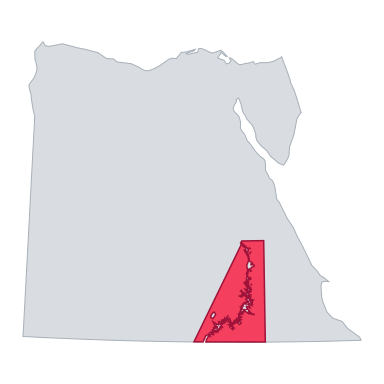 Zemam Out, Al Wadi at Jadid, Egypt (highlighted)
{"feature_id": "37247803B74353300773864", "entity_name": "Zemam Out", "entity_type": "district", "adm_level": 2, "iso_a3": "EGY", "parent_name": "Egypt", "parent_adm1": "Al Wadi at Jadid", "projection": "albers", "projection_center": [32.566, 23.653], "detail": "fine", "context": "in_parent", "style": "filled", "palette": "rose", "viewbox_px": 384, "rotation_deg": 0, "n_neighbors": 0, "source": "geoboundaries", "source_scale": "gbopen_adm2", "svg_char_len": 9079}
<svg xmlns="http://www.w3.org/2000/svg" viewBox="0 0 384 384"><path d="M361.0,340.3L351.6,340.6L342.3,340.8L333.0,341.1L323.7,341.3L314.3,341.5L305.0,341.6L295.7,341.8L286.4,341.9L277.0,342.0L267.7,342.1L258.4,342.1L249.0,342.2L239.7,342.2L230.4,342.2L221.1,342.1L211.7,342.1L206.4,342.1L207.3,339.3L207.9,337.4L207.3,336.1L205.5,335.7L204.3,336.1L201.5,341.8L200.0,342.0L196.7,342.0L185.8,341.9L175.0,341.7L164.1,341.5L153.3,341.3L142.4,341.1L131.6,340.8L120.7,340.5L109.8,340.2L99.0,339.8L88.1,339.4L77.3,339.0L66.4,338.5L55.6,338.1L44.7,337.6L33.9,337.0L23.0,336.5L23.4,329.6L23.8,322.7L24.1,315.8L24.5,309.0L24.9,302.1L25.2,295.2L25.6,288.3L26.0,281.5L26.3,274.6L26.7,267.7L27.1,260.8L27.4,254.0L27.8,247.1L28.2,240.2L28.5,233.3L28.9,226.5L29.3,219.6L29.6,212.7L30.0,205.9L30.3,199.0L30.7,192.1L31.1,185.3L31.4,178.4L31.8,171.5L32.2,164.7L32.5,157.8L32.9,151.0L33.3,144.1L33.6,137.3L34.0,130.4L34.4,123.6L34.7,116.7L34.6,115.4L33.3,110.7L32.3,104.7L31.2,97.4L31.1,95.0L29.1,87.4L29.0,85.3L29.7,83.8L34.1,77.8L35.4,74.8L36.6,71.2L37.1,68.2L36.2,63.6L35.0,59.4L34.8,55.2L34.8,51.1L37.0,48.4L39.6,45.9L40.6,44.4L42.1,42.6L43.2,41.8L45.0,45.6L49.1,46.4L62.7,43.8L77.4,47.8L85.6,49.4L98.1,52.7L105.7,58.0L107.7,58.7L113.3,58.8L116.8,61.9L131.3,63.7L138.9,67.2L143.3,69.9L145.9,70.8L148.2,70.7L151.4,69.8L155.4,68.1L159.8,65.6L168.9,59.2L172.0,58.1L174.1,58.5L176.6,58.4L177.7,56.7L179.0,55.5L179.9,54.1L181.3,52.4L185.9,52.0L195.3,49.3L194.2,50.7L185.7,53.7L189.3,54.2L193.0,53.1L197.3,52.5L198.1,51.1L198.7,48.6L199.5,48.3L202.4,48.8L211.1,52.8L213.3,52.9L219.4,50.7L220.7,50.3L222.7,51.5L227.2,56.4L225.6,56.3L220.8,52.1L220.4,54.2L217.6,57.8L221.0,59.4L223.8,60.1L225.3,62.1L226.3,63.9L229.1,63.2L231.1,60.7L230.0,59.3L229.3,57.8L230.2,57.8L232.2,59.0L237.7,63.7L239.6,64.7L241.7,64.5L246.2,63.2L247.5,63.4L253.5,61.6L254.2,62.9L255.2,64.2L260.1,62.7L267.7,62.7L274.0,61.1L281.2,57.3L281.7,56.7L282.1,57.7L283.0,60.2L285.3,66.6L287.3,71.7L289.7,78.7L290.5,81.4L290.9,83.3L294.4,91.0L296.5,97.3L298.1,102.5L300.3,110.0L301.3,112.6L299.8,114.0L296.9,119.0L293.9,134.7L289.5,147.0L289.1,154.7L288.3,157.4L286.2,161.3L283.6,165.2L278.8,163.3L271.0,156.7L266.4,150.3L261.6,146.3L257.0,140.9L255.8,137.0L255.8,134.4L253.8,128.3L252.3,125.4L246.8,119.0L245.2,115.5L244.0,114.0L242.8,111.8L240.8,103.4L238.6,98.0L236.1,99.5L236.5,101.7L234.4,104.8L233.1,108.5L234.1,111.4L238.6,115.9L239.5,117.9L240.5,122.1L240.4,127.9L241.1,129.9L244.5,134.2L245.7,136.8L246.4,139.0L247.6,141.0L250.9,144.7L255.8,151.8L260.5,156.6L263.8,158.9L265.2,161.3L265.6,167.3L265.4,170.2L268.3,175.5L269.4,178.3L272.3,180.5L273.6,183.0L274.9,187.1L276.8,199.4L279.3,202.4L287.2,218.4L293.8,228.5L297.1,236.1L302.1,245.3L311.9,265.5L317.7,271.7L320.0,275.2L324.2,277.8L328.7,281.6L324.5,281.3L323.4,281.6L321.9,282.3L321.3,284.7L321.0,286.7L321.7,297.0L323.0,302.2L327.0,312.1L329.8,315.0L331.3,316.9L333.2,318.3L342.2,321.5L347.7,328.5L359.7,337.3L360.9,339.7L361.0,340.3Z" fill="#d9dde1" stroke="#a8b0b8" stroke-width="1"/><path d="M247.5,252.4L248.8,256.5L249.3,261.0L252.2,263.0L251.0,263.9L251.0,264.8L253.8,264.9L254.3,265.8L253.0,267.0L251.8,267.1L250.3,268.8L249.0,269.0L247.3,275.3L248.7,278.6L247.9,280.1L248.4,281.4L247.6,281.6L247.6,281.8L248.0,281.6L248.3,281.8L247.6,282.1L248.8,282.6L247.6,282.4L248.1,282.8L247.2,283.2L248.0,283.3L247.6,284.0L248.4,283.9L248.8,284.0L247.9,284.1L249.0,284.8L247.6,284.3L248.6,286.1L248.9,285.9L249.2,286.1L248.7,286.3L249.3,288.3L250.7,287.7L251.0,288.6L250.2,288.3L249.6,289.0L250.7,289.9L250.0,290.2L250.8,290.9L250.2,291.3L250.6,291.8L249.7,291.9L250.6,292.6L248.6,291.1L248.8,292.3L248.1,292.0L247.9,293.7L248.7,294.6L249.6,294.0L249.0,294.7L250.1,294.9L249.0,295.4L251.5,296.4L248.9,296.0L248.6,295.3L248.0,296.2L249.5,297.1L248.3,297.0L248.6,298.1L249.4,297.6L248.8,298.2L249.2,298.6L251.0,297.3L249.9,298.2L250.2,298.8L249.2,298.8L249.7,299.9L250.7,299.0L251.4,300.2L251.9,299.6L253.2,300.0L252.1,300.6L249.8,300.3L250.0,301.2L251.9,301.1L253.0,302.3L252.2,301.7L252.4,302.4L252.2,302.8L251.9,301.6L251.4,301.5L251.9,302.8L251.3,302.3L250.8,302.8L252.0,304.3L252.0,305.4L251.4,304.8L249.8,305.0L249.7,303.5L247.8,304.2L248.6,304.4L250.0,307.7L246.8,306.2L246.3,306.6L247.5,308.8L246.8,309.3L247.9,309.3L249.6,311.2L248.5,311.6L248.5,312.4L249.1,311.8L249.1,312.8L251.0,312.7L251.2,313.6L253.8,314.1L254.4,315.2L253.3,314.2L252.0,314.4L249.0,313.2L248.8,314.5L248.8,313.7L245.0,311.1L244.7,309.2L244.5,309.9L244.0,309.5L243.4,309.9L243.9,311.7L243.0,311.7L243.5,312.2L242.4,314.1L242.6,313.2L241.7,312.7L242.2,314.3L241.1,314.2L241.4,314.0L241.2,313.6L240.2,314.2L240.7,315.1L240.1,314.2L239.6,314.7L239.5,316.2L241.6,317.0L241.0,317.6L239.7,316.4L239.6,318.8L239.2,318.3L238.8,319.0L239.5,319.1L239.3,319.6L240.0,319.5L239.9,320.1L240.2,319.8L241.1,319.9L240.9,320.1L239.8,320.1L239.6,319.7L239.0,320.1L239.2,319.2L238.4,319.1L238.4,320.4L238.5,320.4L239.0,320.7L239.3,321.1L239.3,321.3L238.4,320.8L238.6,320.6L238.3,320.4L238.3,319.6L238.1,319.3L237.9,319.8L238.1,320.2L238.1,320.3L237.8,319.5L237.2,320.5L237.5,319.6L235.6,320.4L237.0,321.8L237.4,323.4L236.6,321.6L235.3,321.0L235.4,322.1L234.8,321.6L234.6,323.1L233.9,323.2L234.3,324.6L234.0,323.6L232.9,324.2L232.8,323.6L231.8,323.8L232.1,325.3L231.4,325.9L232.5,325.9L232.6,326.6L232.5,326.0L231.0,326.5L231.4,325.9L230.8,325.1L229.9,326.5L229.9,325.4L229.0,324.9L230.4,324.9L230.1,324.5L231.3,323.5L230.0,323.6L230.4,322.9L229.2,322.9L230.0,322.6L229.7,321.9L228.9,322.4L229.5,321.4L228.4,321.5L229.0,320.9L227.5,319.8L225.6,320.1L225.4,320.3L226.0,320.9L225.8,321.2L225.1,320.5L224.7,321.5L224.4,321.0L223.4,321.4L224.7,321.9L224.1,322.0L224.5,322.9L224.0,323.0L223.9,321.9L223.4,322.4L223.2,321.6L221.7,322.8L222.2,323.4L221.5,323.5L222.8,324.3L221.9,324.1L222.0,325.0L221.3,324.0L220.5,324.4L222.3,327.2L220.3,326.8L220.7,328.0L220.1,327.5L219.2,328.4L219.6,329.7L217.3,329.1L217.9,330.0L217.2,330.2L218.2,330.9L218.0,331.9L216.1,330.7L216.2,331.2L215.4,331.1L216.0,332.3L215.3,332.2L215.1,330.8L213.7,331.7L214.1,332.4L213.1,331.7L213.0,332.6L212.7,332.0L211.7,333.0L213.8,334.3L213.5,334.8L211.5,333.9L209.4,335.3L210.1,336.3L208.8,336.0L206.5,339.4L205.9,341.9L265.3,342.0L263.7,240.6L241.7,241.0L240.7,242.9L242.0,243.2L247.4,248.1L248.3,250.4L247.5,252.4ZM239.5,321.6L241.0,322.5L240.6,323.8L239.5,324.5L237.8,322.6L239.5,321.6ZM233.2,327.0L234.3,328.2L232.7,329.7L231.6,328.8L233.2,327.0ZM250.7,279.5L249.6,279.6L249.8,277.7L250.5,277.7L250.7,279.5ZM251.3,270.9L250.5,271.3L250.2,270.6L250.8,270.3L251.3,270.9ZM251.3,284.3L252.0,284.8L251.2,284.7L251.3,284.3ZM249.9,248.3L249.0,248.2L249.6,247.9L249.9,248.3ZM250.4,252.6L250.1,253.3L249.9,252.9L250.4,252.6ZM248.6,249.0L248.3,249.5L248.2,249.1L248.6,249.0ZM252.6,264.1L252.7,264.5L252.4,264.3L252.6,264.1ZM241.0,244.4L241.1,244.9L194.0,341.8L203.1,341.9L205.9,335.5L208.1,334.7L210.2,332.5L211.9,331.8L213.0,330.5L212.6,329.9L214.0,329.8L213.5,327.7L214.1,327.3L214.3,328.2L215.0,328.3L215.0,327.5L215.8,327.8L215.8,326.5L216.8,327.9L217.4,327.4L217.4,326.7L216.1,326.4L215.8,325.6L215.0,325.9L213.1,321.8L216.2,323.8L216.3,324.7L217.8,324.2L218.6,324.8L218.9,324.3L217.9,324.0L219.5,323.0L218.8,321.6L221.1,322.0L222.1,321.5L221.8,320.5L222.5,320.8L222.9,319.6L224.3,320.0L224.6,318.5L225.1,319.5L225.9,318.4L226.9,318.7L227.0,316.7L227.7,316.2L227.2,318.6L229.1,319.1L229.7,318.4L231.1,322.6L233.1,323.1L234.3,320.6L236.9,319.2L237.0,318.5L237.6,319.1L238.6,318.3L238.7,314.4L237.9,313.6L239.5,314.2L239.7,312.8L240.5,312.8L240.7,312.1L239.6,311.0L240.4,311.6L241.0,311.1L240.7,309.6L241.9,309.7L240.9,309.1L241.9,309.2L241.4,308.6L242.0,308.7L242.1,307.5L241.3,307.1L242.2,307.0L241.7,305.8L243.3,305.9L242.6,304.2L243.7,304.3L244.1,302.8L245.2,303.7L245.1,302.6L245.8,302.5L246.4,303.7L246.1,301.8L247.0,301.4L247.4,302.3L248.4,302.3L247.9,300.7L245.8,299.4L247.2,298.5L246.5,298.2L247.0,297.7L247.6,298.3L248.1,298.3L246.9,297.0L247.3,296.1L245.8,297.0L247.1,296.0L246.3,295.6L247.2,295.5L245.3,295.1L245.2,296.1L244.6,295.7L245.0,294.6L244.3,294.7L244.0,295.4L242.8,295.3L242.5,296.3L242.0,296.3L242.4,295.7L242.1,295.9L242.0,296.5L240.8,296.3L240.9,296.8L239.4,296.0L243.6,294.2L242.3,293.6L241.8,292.4L242.3,291.7L243.4,292.6L243.5,293.6L244.3,293.1L245.6,294.5L246.2,294.3L245.6,293.3L247.1,292.5L246.0,290.8L247.1,291.2L247.5,290.0L246.7,290.6L245.2,289.2L247.5,289.6L247.7,288.4L246.9,288.2L247.8,288.1L247.2,287.7L247.5,287.1L246.5,287.2L247.7,286.9L247.1,286.7L247.7,286.5L247.0,284.6L246.5,285.3L246.0,284.8L246.5,284.2L245.7,284.8L245.4,283.9L244.0,284.0L245.4,283.7L245.5,283.1L246.1,284.2L246.8,283.5L246.5,277.9L247.1,276.8L246.4,273.1L247.8,270.9L246.7,265.5L248.6,260.4L248.2,257.1L245.9,253.0L246.3,250.9L245.6,249.8L245.7,247.6L244.0,247.0L241.0,244.4ZM215.7,314.6L212.9,318.7L210.5,317.0L211.5,314.5L213.5,312.2L214.5,312.3L215.7,314.6ZM245.2,252.5L244.4,250.3L243.7,249.6L244.7,250.1L245.2,252.5ZM241.4,290.3L241.7,291.0L240.5,291.0L240.5,290.7L241.4,290.3ZM246.7,281.2L245.6,281.9L245.4,281.5L246.7,281.2ZM245.0,283.1L243.6,283.4L244.6,282.6L245.0,283.1Z" fill="#f43f5e" stroke="#9f1239" stroke-width="1.5"/></svg>